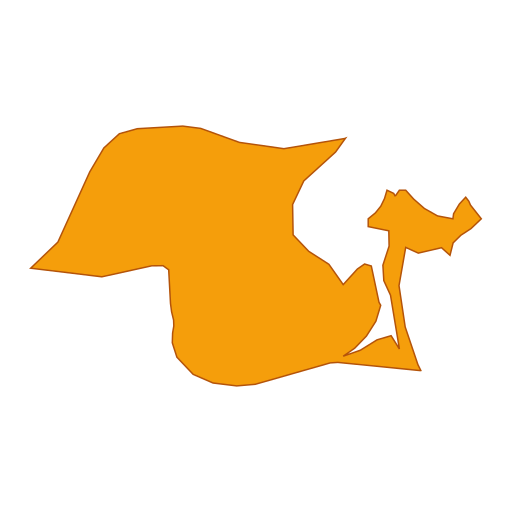 map outline of Đà Nẵng (Robinson projection)
{"feature_id": "VNM-491", "entity_name": "Đà Nẵng", "entity_type": "City", "adm_level": 1, "iso_a3": "VNM", "parent_name": "Vietnam", "parent_adm1": "", "projection": "robinson", "projection_center": [108.18, 16.099], "detail": "fine", "context": "isolated", "style": "filled", "palette": "amber", "viewbox_px": 512, "rotation_deg": 0, "n_neighbors": 0, "source": "natural_earth", "source_scale": "10m", "svg_char_len": 1185}
<svg xmlns="http://www.w3.org/2000/svg" viewBox="0 0 512 512"><path d="M345.5,138.2L335.6,152.0L303.8,180.9L292.6,204.5L293.1,234.9L308.7,251.3L328.9,264.3L343.2,284.6L357.4,269.0L364.6,264.0L371.3,266.0L379.0,302.3L380.7,305.3L375.9,321.2L366.4,336.1L354.7,348.2L343.2,356.2L360.4,350.2L377.1,339.8L391.1,335.7L399.4,349.0L390.5,295.2L383.8,280.6L382.9,265.2L389.1,246.1L388.8,230.8L368.2,226.6L368.2,218.8L375.4,212.9L380.8,206.2L384.5,198.6L387.0,190.2L393.7,193.4L395.0,195.8L395.7,195.5L399.4,190.2L405.7,190.2L413.7,199.1L424.4,208.5L437.5,215.9L452.9,218.8L453.6,213.7L459.4,204.0L465.7,197.2L468.8,201.2L470.5,205.1L481.3,218.8L471.0,228.6L460.9,235.2L453.1,242.9L450.0,255.3L441.5,247.7L418.3,253.1L405.7,247.4L399.0,285.6L405.2,327.0L417.9,364.6L420.8,370.5L420.3,370.6L337.8,362.4L330.2,362.9L255.2,384.3L236.7,385.9L213.0,383.0L193.2,374.4L176.9,357.2L172.3,342.8L172.6,333.1L173.8,326.0L173.6,320.1L171.6,311.8L170.5,303.5L168.7,269.8L163.1,265.7L151.8,265.8L101.8,276.8L30.7,268.2L57.9,242.1L89.8,171.8L103.9,147.9L119.4,133.7L137.3,128.7L182.8,126.1L200.7,128.4L239.4,142.4L283.9,148.7L344.7,138.5L345.5,138.2Z" fill="#f59e0b" stroke="#b45309" stroke-width="1.5"/></svg>